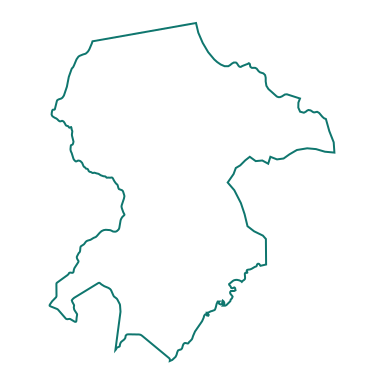 an SVG outline of Northern
{"feature_id": "ZMB-515", "entity_name": "Northern", "entity_type": "Province", "adm_level": 1, "iso_a3": "ZMB", "parent_name": "Zambia", "parent_adm1": "", "projection": "natural_earth1", "projection_center": [30.182, -9.848], "detail": "fine", "context": "isolated", "style": "outline", "palette": "teal", "viewbox_px": 384, "rotation_deg": 0, "n_neighbors": 0, "source": "natural_earth", "source_scale": "10m", "svg_char_len": 5859}
<svg xmlns="http://www.w3.org/2000/svg" viewBox="0 0 384 384"><path d="M196.0,23.0L198.3,32.7L202.7,42.9L208.2,52.2L214.2,59.4L217.1,62.0L220.7,64.5L224.6,66.2L228.3,66.2L230.1,65.1L231.9,63.6L233.8,62.5L235.9,62.5L236.9,63.3L238.6,65.9L239.5,66.7L240.7,66.9L241.4,66.6L242.1,66.1L246.6,64.3L247.7,64.0L248.3,63.7L248.5,63.3L248.8,63.2L249.6,63.7L249.9,64.4L250.2,66.2L250.5,66.9L251.7,67.8L252.8,67.9L254.0,67.8L255.3,67.9L256.7,68.7L258.6,71.2L260.0,72.3L263.4,73.4L265.1,75.1L265.7,77.7L265.7,81.5L266.4,85.8L268.4,89.0L276.8,96.5L278.3,97.1L280.1,97.1L281.9,96.4L284.9,94.5L286.9,94.3L300.0,98.5L298.4,102.6L298.3,107.6L300.1,111.7L303.9,112.7L305.7,111.8L307.0,110.7L308.4,110.0L310.6,110.4L313.1,112.1L314.0,112.4L314.9,112.3L316.6,111.9L317.4,111.9L319.2,113.0L322.4,116.8L324.1,118.3L325.9,119.0L329.3,131.1L333.7,142.3L334.4,152.6L324.9,151.7L316.0,149.1L307.2,148.3L296.9,150.0L289.5,154.3L283.6,158.5L277.0,159.4L270.4,156.8L268.2,163.7L262.3,160.5L255.7,161.1L249.8,156.8L245.3,160.3L240.2,165.4L235.8,168.0L233.6,174.0L227.7,182.5L234.3,190.2L240.9,203.1L244.6,214.2L247.5,226.2L254.1,231.3L262.9,235.6L265.9,239.0L266.1,264.5L260.5,265.8L260.1,265.4L259.7,264.6L259.0,263.9L258.1,263.7L257.2,264.3L256.5,266.2L256.0,266.5L254.8,266.9L251.8,268.7L250.2,269.4L247.9,269.7L247.0,270.1L246.6,271.1L247.2,271.9L247.3,272.6L246.9,272.9L245.6,272.9L245.0,273.2L244.8,273.9L245.1,278.0L244.8,279.2L244.1,279.9L242.4,281.1L241.8,281.9L240.8,281.0L239.1,280.3L237.2,279.9L235.8,279.9L234.2,280.2L232.9,280.9L229.1,284.1L229.2,284.8L230.3,286.1L230.9,287.0L231.0,287.6L231.4,288.0L232.5,288.2L233.1,288.0L233.8,287.6L234.5,287.5L235.1,288.2L235.5,290.3L234.1,291.0L230.9,291.0L230.2,292.0L230.1,292.9L230.5,293.9L232.3,296.1L232.6,296.7L232.1,298.0L231.7,298.6L231.1,299.2L230.6,299.9L230.3,301.2L226.4,305.1L225.1,305.7L223.1,305.7L224.0,304.7L224.3,303.7L224.2,302.6L223.7,301.5L222.7,300.6L222.3,301.6L222.2,304.0L220.9,304.5L219.3,303.9L218.5,302.8L219.5,301.5L217.7,301.5L216.6,304.0L215.8,307.3L215.0,309.6L214.2,310.2L211.7,311.1L210.8,311.3L210.2,311.6L209.3,312.1L208.2,312.6L207.0,312.7L208.7,314.9L208.3,315.7L207.0,315.5L205.9,314.1L205.1,314.5L204.3,315.5L203.9,316.6L203.7,317.6L202.1,321.2L195.0,331.5L193.1,335.9L192.3,338.4L191.8,339.4L189.8,341.5L189.3,341.8L188.4,343.2L187.9,343.5L185.9,343.1L184.9,343.0L184.0,343.5L183.3,344.4L182.9,345.4L182.3,347.5L182.0,348.4L181.4,349.1L180.7,349.6L179.5,349.8L178.0,350.5L177.2,352.4L176.6,354.7L175.6,356.8L172.3,359.9L169.8,361.0L169.9,360.4L169.9,359.7L169.6,358.7L169.3,358.3L142.0,335.7L140.6,334.8L139.1,334.5L128.2,334.3L127.0,334.5L126.4,334.9L125.7,335.7L125.3,337.9L124.3,339.4L121.3,341.8L120.7,342.6L120.2,343.8L119.9,344.9L119.8,346.0L119.4,346.6L116.8,347.7L116.0,349.4L115.4,350.1L120.5,311.7L120.1,306.2L120.0,305.0L119.7,304.0L117.3,299.4L116.8,298.7L116.2,298.2L114.0,296.5L113.5,295.7L111.1,290.3L110.6,289.6L110.2,289.1L108.6,288.0L107.7,287.6L104.3,286.2L101.4,284.4L100.0,283.2L99.6,282.9L99.1,282.8L98.4,283.0L74.2,297.8L72.8,299.0L71.8,300.3L72.3,301.9L73.9,304.8L74.1,305.5L73.9,306.7L73.8,307.4L74.0,308.5L74.2,309.5L74.6,310.3L77.0,314.0L77.1,314.7L77.0,315.3L76.6,317.9L76.4,320.5L76.3,321.1L76.1,321.6L75.7,321.8L75.2,321.8L74.7,321.7L70.5,319.2L70.1,319.0L69.6,318.9L67.2,319.2L66.2,318.9L65.8,318.6L58.0,309.6L57.1,309.0L50.4,306.3L49.7,305.8L49.6,305.4L49.7,304.9L50.5,303.6L52.2,301.2L56.1,297.2L56.3,296.7L56.5,296.0L56.4,284.1L56.5,283.3L57.0,282.7L67.6,275.0L68.5,274.1L69.1,273.0L69.7,272.7L70.2,272.6L72.0,272.8L72.6,272.8L73.1,272.5L73.5,271.9L73.9,269.6L74.1,269.0L74.5,268.0L78.0,262.6L78.3,262.1L78.5,261.3L78.4,260.9L77.4,259.3L76.9,258.0L76.8,257.3L76.9,256.6L78.3,253.9L78.8,253.0L79.5,252.4L79.8,251.8L80.1,250.9L80.4,247.6L80.6,246.8L80.8,246.4L81.2,246.1L83.8,244.4L84.2,244.0L85.8,241.8L86.6,241.1L87.7,240.6L90.5,239.8L93.6,237.9L95.8,237.0L96.1,236.7L96.8,236.1L99.6,232.9L100.9,231.7L101.6,231.1L103.3,230.3L103.8,230.1L105.8,229.8L109.8,230.1L110.3,230.2L111.3,230.6L113.0,231.5L114.8,231.7L115.8,231.6L116.2,231.4L117.0,231.0L118.4,229.7L118.9,229.0L119.3,227.9L120.6,220.3L121.0,219.2L121.5,218.3L122.0,217.4L122.6,216.7L124.0,215.4L124.4,214.9L124.4,214.4L124.2,214.0L123.3,212.3L121.9,208.4L121.5,206.7L121.6,205.9L121.7,205.3L123.9,198.7L124.4,196.4L124.3,195.5L123.2,191.9L122.8,191.0L122.1,190.3L121.7,190.1L119.0,189.1L118.6,188.5L118.3,187.7L117.9,186.1L117.6,185.2L117.3,184.6L116.2,183.7L115.1,182.3L114.0,180.6L112.9,178.4L112.3,177.7L111.8,177.6L111.4,177.5L110.4,177.7L108.3,177.6L106.8,177.7L106.4,177.5L105.8,176.8L105.4,176.5L105.0,176.4L103.3,176.2L100.6,175.2L99.0,174.1L98.1,173.7L96.6,173.4L94.8,172.8L94.3,172.7L92.9,173.0L92.4,172.9L90.8,172.0L89.7,171.8L89.2,171.5L88.7,171.0L87.9,169.3L87.4,168.9L86.0,168.6L85.0,167.4L84.0,166.8L83.5,166.1L82.1,162.8L80.5,161.2L79.6,160.8L78.6,160.6L78.0,160.6L77.6,160.8L76.8,161.2L76.3,161.4L75.8,161.4L75.4,161.2L74.4,160.2L74.0,159.7L73.5,158.9L71.7,153.1L70.9,151.4L70.7,150.6L70.5,149.6L70.5,148.9L70.8,145.8L71.0,145.3L71.4,145.0L72.3,144.7L72.7,144.4L73.1,143.4L73.5,141.7L72.0,135.7L71.9,134.6L72.3,131.5L72.2,130.8L71.6,129.3L71.5,128.1L71.3,127.5L71.1,127.1L70.7,127.2L69.9,127.6L69.5,127.7L69.1,127.5L68.3,126.4L67.9,126.1L66.5,125.7L66.1,125.5L65.5,124.7L64.8,123.3L63.8,121.8L63.4,121.4L62.3,120.9L61.8,120.9L61.3,121.1L60.6,121.3L59.8,121.3L59.0,120.9L58.3,120.3L57.7,119.6L57.0,119.0L56.2,118.4L55.4,118.1L53.8,117.2L52.5,116.3L52.1,115.7L51.6,114.6L51.8,112.5L52.2,110.7L52.4,110.2L52.7,109.8L53.2,109.7L54.2,109.7L54.6,109.5L54.9,109.1L56.9,100.9L57.4,100.1L58.6,99.4L61.3,98.5L62.0,98.0L62.4,97.7L63.5,96.2L64.0,95.3L66.9,86.7L68.8,76.9L71.6,69.0L72.1,68.2L73.1,67.2L74.0,65.4L76.5,59.4L77.6,57.8L78.4,56.7L78.8,56.4L79.5,55.9L82.9,54.5L85.6,53.7L86.7,52.8L88.0,51.5L89.3,49.4L91.8,43.5L92.5,41.3L196.0,23.0Z" fill="none" stroke="#0f766e" stroke-width="2"/></svg>